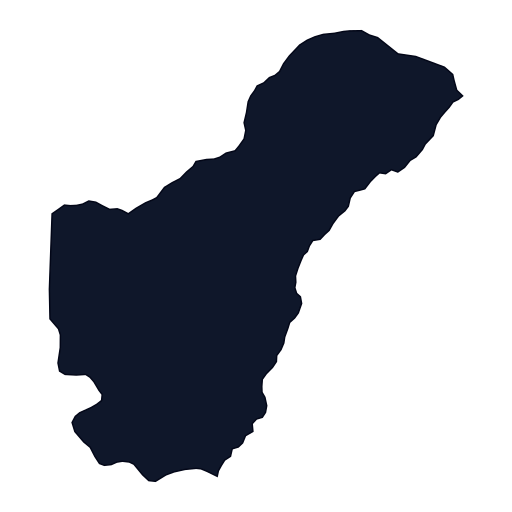 the district of São Jorge do Ivaí, Paraná, Brazil
{"feature_id": "56859067B31739718391647", "entity_name": "São Jorge do Ivaí", "entity_type": "district", "adm_level": 2, "iso_a3": "BRA", "parent_name": "Brazil", "parent_adm1": "Paraná", "projection": "mercator", "projection_center": [-52.309, -23.436], "detail": "fine", "context": "isolated", "style": "filled", "palette": "ink", "viewbox_px": 512, "rotation_deg": 0, "n_neighbors": 0, "source": "geoboundaries", "source_scale": "gbopen_adm2", "svg_char_len": 2148}
<svg xmlns="http://www.w3.org/2000/svg" viewBox="0 0 512 512"><path d="M52.1,213.8L49.4,289.2L50.0,318.9L58.5,328.8L60.4,334.9L60.3,347.6L58.0,363.0L59.6,371.1L65.1,374.4L76.3,375.0L85.7,374.4L90.0,377.2L93.9,381.7L99.0,390.3L102.2,394.5L101.6,400.5L96.8,404.3L90.9,407.7L79.8,412.7L75.3,416.4L72.1,422.5L74.9,431.6L83.8,442.0L90.2,447.3L95.0,456.6L99.5,463.5L104.3,465.3L111.2,464.6L116.8,462.1L122.4,461.2L129.3,462.0L133.9,464.2L142.6,474.8L148.8,480.6L155.5,481.3L165.9,474.9L173.9,471.9L185.0,469.4L196.2,468.3L201.0,468.8L207.2,471.4L217.2,476.3L218.4,470.8L221.5,465.2L224.7,460.1L230.5,456.3L232.2,448.8L238.3,447.0L242.6,442.9L245.5,435.7L252.9,431.4L252.2,423.7L256.5,419.0L262.3,417.3L265.5,412.4L266.7,405.7L264.9,397.3L262.0,392.3L261.8,386.5L262.3,379.3L266.3,373.7L272.5,367.4L276.4,361.6L276.7,355.5L281.0,349.6L283.8,343.0L284.7,337.0L287.8,328.5L289.7,322.4L294.6,318.0L298.3,312.9L301.6,303.5L300.4,296.8L296.6,293.4L294.8,287.7L295.8,282.3L295.5,275.9L298.0,268.1L301.1,260.3L303.5,254.9L307.3,251.5L309.4,245.8L312.8,240.5L320.1,239.3L324.6,234.5L329.1,230.4L332.9,223.6L338.5,216.0L344.9,210.8L348.3,206.3L350.2,198.0L354.4,191.5L359.7,190.2L364.8,188.8L370.4,181.5L375.5,176.3L379.5,172.8L385.6,173.7L391.4,169.7L397.8,172.0L404.5,167.4L410.1,160.4L416.0,156.9L422.3,149.6L425.2,144.1L433.2,135.7L436.1,124.7L440.5,117.2L444.7,112.2L449.2,107.2L452.9,102.0L458.3,99.4L462.6,95.9L456.7,90.2L454.0,80.3L452.7,74.5L444.4,67.2L415.7,56.5L398.0,53.9L377.6,37.6L369.3,35.0L361.6,30.7L349.6,30.9L343.5,31.5L334.5,33.3L323.3,34.4L315.0,36.8L307.2,40.2L299.7,45.0L295.0,50.0L289.4,55.9L283.6,63.7L279.6,71.5L275.0,75.4L269.4,77.6L263.8,82.9L257.2,85.9L254.6,90.7L250.8,95.9L248.2,101.7L246.5,112.6L244.1,122.7L245.8,130.4L244.1,138.9L239.0,146.1L235.1,150.8L226.1,153.1L219.9,157.2L214.0,159.1L206.6,159.5L196.0,161.5L193.1,166.5L186.6,172.0L180.2,178.6L172.2,182.7L164.5,187.4L156.8,197.6L152.5,199.9L145.6,202.8L136.1,208.3L128.3,213.8L121.9,210.4L117.3,208.8L109.6,209.4L102.2,205.7L95.8,202.2L88.8,201.0L82.7,204.1L76.6,205.4L70.3,205.7L64.4,205.1L58.0,209.7L52.1,213.8Z" fill="#0f172a" stroke="#020617" stroke-width="1.5"/></svg>